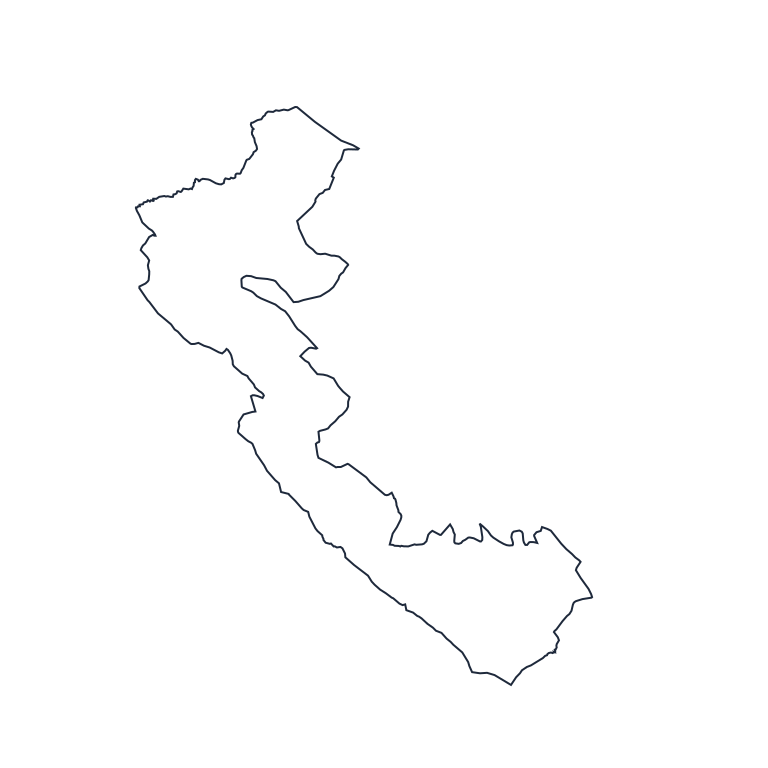 Chamwino, Dodoma, United Republic of Tanzania, rotated 130°
{"feature_id": "72390352B28140161055022", "entity_name": "Chamwino", "entity_type": "district", "adm_level": 2, "iso_a3": "TZA", "parent_name": "United Republic of Tanzania", "parent_adm1": "Dodoma", "projection": "equal_earth", "projection_center": [35.821, -6.232], "detail": "fine", "context": "isolated", "style": "outline", "palette": "slate", "viewbox_px": 768, "rotation_deg": 130, "n_neighbors": 0, "source": "geoboundaries", "source_scale": "gbopen_adm2", "svg_char_len": 6124}
<svg xmlns="http://www.w3.org/2000/svg" viewBox="0 0 768 768"><g transform="rotate(130 384 384)"><path d="M449.1,243.1L463.0,243.4L463.6,244.1L465.4,252.6L468.3,253.2L471.0,253.2L477.2,250.4L480.8,250.8L482.4,251.8L486.5,256.0L487.2,257.5L492.8,261.0L495.6,264.5L496.9,266.8L498.0,267.1L498.5,268.5L501.1,271.9L501.5,273.7L503.3,276.4L493.0,281.2L485.4,282.1L477.4,284.0L475.1,285.0L473.8,286.0L473.0,287.5L472.7,290.7L471.5,291.8L468.9,296.4L467.2,298.1L465.2,300.9L464.8,301.8L465.1,302.9L464.0,304.4L462.3,308.2L465.9,309.3L467.4,310.4L468.3,312.1L468.1,331.3L466.9,337.5L468.2,359.5L468.6,360.6L475.3,363.7L477.4,366.2L478.7,367.2L480.0,376.1L482.7,386.7L481.0,389.4L473.7,397.7L471.6,397.4L470.4,396.5L469.6,396.7L468.7,397.3L462.7,403.5L461.0,402.9L456.4,399.6L454.0,398.3L450.0,398.4L443.9,397.4L438.0,397.4L434.1,396.3L427.8,396.1L424.4,397.0L420.6,400.1L416.2,401.9L416.1,410.6L415.4,415.3L414.9,418.0L412.1,426.2L414.0,432.9L415.9,436.6L419.3,441.4L417.7,451.2L416.1,455.5L416.8,459.5L416.5,466.0L410.3,465.6L404.6,464.6L403.1,463.2L400.6,458.7L399.6,458.3L397.6,472.9L397.3,481.8L397.5,485.4L396.6,489.4L393.1,500.3L391.8,506.5L392.7,511.2L392.9,518.2L397.5,533.3L398.4,537.9L398.0,542.9L398.3,545.4L401.1,554.5L400.9,555.5L396.1,560.0L394.9,560.7L392.2,560.2L389.5,558.9L386.8,555.1L384.9,550.0L378.5,540.8L375.6,535.3L375.0,533.2L376.6,525.0L376.6,518.4L379.4,505.9L376.1,502.5L371.5,499.7L357.6,489.2L347.9,486.0L342.3,485.1L332.9,486.3L329.9,487.7L327.0,487.7L324.8,487.1L319.9,488.0L315.8,488.0L315.4,489.0L315.3,492.4L315.5,496.5L315.3,499.5L315.6,500.9L317.6,504.5L319.5,506.8L322.0,512.8L325.4,516.1L326.9,518.5L327.2,519.5L327.2,521.2L326.7,525.0L327.0,529.5L326.7,533.7L319.4,549.3L318.1,550.6L315.0,555.3L294.3,552.8L288.3,553.7L287.5,554.7L285.8,555.4L280.0,555.5L277.0,553.8L273.3,553.9L269.8,551.3L258.2,555.1L258.5,557.4L252.8,559.3L244.9,561.1L239.6,561.1L230.8,564.9L230.0,564.7L227.2,562.3L221.2,554.8L219.9,554.7L221.0,561.1L225.1,573.3L227.6,605.4L227.8,628.6L228.9,630.1L235.6,633.2L236.3,633.8L238.2,637.1L242.2,640.0L243.8,642.7L246.8,643.8L249.6,647.6L250.3,648.1L252.8,648.5L254.7,647.9L256.7,648.5L260.0,648.1L263.1,650.5L268.1,652.5L269.2,653.5L270.8,652.8L271.6,651.6L272.3,649.9L272.5,647.8L274.1,648.1L274.9,647.3L276.0,647.1L277.7,645.4L278.0,644.1L279.0,642.3L279.1,641.4L281.7,638.4L283.7,634.5L285.6,632.3L287.6,632.1L290.2,632.9L292.2,632.1L298.2,631.9L300.4,633.2L301.2,633.2L308.9,630.6L311.7,630.4L314.5,629.4L315.5,629.5L317.3,631.9L318.2,632.3L319.3,632.2L321.1,630.8L322.2,630.9L323.5,631.8L324.3,633.8L326.1,633.9L326.8,634.5L328.4,637.6L330.1,637.5L333.0,635.9L335.7,637.0L337.0,638.8L338.3,641.8L339.6,648.4L340.4,650.3L343.3,654.7L345.6,655.8L347.2,655.7L347.7,656.2L347.1,657.9L347.8,660.0L349.3,659.9L351.0,658.5L352.0,659.0L354.6,657.2L356.6,657.0L358.1,656.4L358.7,657.9L360.4,658.7L363.3,663.3L366.5,662.9L367.5,663.1L368.6,665.6L369.4,666.2L371.3,665.4L372.7,665.9L374.1,667.1L376.3,666.0L377.9,667.8L379.1,670.3L380.6,671.6L381.2,673.1L385.1,676.5L388.5,677.4L390.4,679.9L391.0,679.7L391.6,678.3L392.2,678.5L393.0,680.6L394.7,680.6L394.8,682.4L395.2,683.1L396.7,682.8L399.4,684.8L401.2,684.2L403.8,686.5L404.8,685.3L405.9,686.6L407.1,686.4L408.0,687.5L408.6,687.3L410.2,684.6L412.0,679.9L415.6,673.0L416.1,664.0L415.6,660.6L415.8,658.8L416.7,655.5L417.3,654.4L418.0,655.3L418.5,657.0L422.4,658.4L429.8,657.2L432.8,657.7L435.8,657.2L437.8,656.4L439.1,646.7L440.3,643.3L444.8,641.2L447.2,638.5L448.5,636.3L451.0,634.3L455.7,631.1L457.3,630.9L460.3,631.3L466.5,634.0L467.8,633.1L471.8,618.9L472.0,616.5L475.2,602.5L475.2,585.4L476.8,579.4L476.4,575.7L477.6,567.1L477.5,558.1L477.0,557.0L475.0,554.8L471.8,552.6L470.4,546.5L468.1,541.0L465.9,530.9L464.6,527.6L460.6,527.0L458.4,527.2L458.2,525.5L459.3,521.6L460.3,519.4L463.5,514.9L466.1,512.5L466.9,510.4L467.2,499.3L465.7,493.8L466.7,491.3L468.0,483.4L469.5,480.6L469.7,475.1L469.3,472.7L469.4,470.3L470.1,468.6L472.8,468.0L474.5,473.2L476.0,476.1L477.1,477.4L478.9,478.1L487.7,464.8L490.0,466.9L497.6,472.0L505.9,471.0L506.7,470.7L509.1,468.0L513.7,465.9L514.5,465.1L515.0,464.0L515.2,454.7L515.1,451.2L514.4,448.1L514.4,446.3L517.6,440.1L519.6,437.1L523.3,423.7L525.7,417.8L527.6,405.6L527.6,400.6L532.9,393.4L529.5,386.4L529.8,385.7L530.6,376.7L532.1,367.1L532.2,364.6L530.7,359.9L533.6,355.9L538.7,343.7L539.4,340.4L539.6,334.1L540.6,333.0L541.6,330.8L542.4,330.1L543.1,326.7L541.3,322.8L540.3,322.1L540.8,318.1L540.0,317.4L539.5,315.0L536.8,312.6L536.6,310.2L538.9,304.9L541.6,302.2L541.9,290.5L541.1,273.0L543.3,266.3L543.8,262.1L544.0,254.8L543.1,248.0L542.7,240.8L542.2,239.2L542.3,231.0L541.4,227.6L539.2,226.1L542.9,221.5L540.4,214.8L540.3,209.4L539.7,207.7L539.4,204.5L539.8,196.6L539.2,189.9L539.6,185.6L537.7,180.0L538.8,172.4L538.7,167.1L539.2,163.2L539.3,151.5L542.9,140.8L545.2,137.3L548.1,131.3L543.9,124.5L539.0,119.4L535.9,112.2L532.9,93.3L523.7,94.3L518.2,93.9L514.6,94.3L509.0,92.7L505.2,90.6L491.7,86.1L488.6,85.8L487.0,84.8L485.7,85.2L484.1,84.8L482.5,83.6L481.9,82.6L481.9,82.1L480.1,81.0L479.9,81.5L479.5,80.5L478.9,81.3L478.4,81.2L477.7,82.4L476.9,81.9L474.8,82.4L473.7,83.7L472.2,84.5L467.9,85.2L466.3,88.0L464.8,94.4L463.7,94.6L461.1,94.2L450.9,94.8L444.1,94.7L441.1,94.1L437.2,94.6L431.7,97.4L429.7,98.0L428.5,97.9L427.0,97.4L421.2,93.7L414.3,87.7L413.5,87.6L411.8,90.3L409.5,95.6L406.2,108.6L403.3,117.3L400.9,118.3L393.9,119.1L393.6,121.1L393.9,126.0L393.4,130.7L393.3,138.1L392.4,145.6L389.1,161.9L390.0,165.6L392.0,171.0L395.8,169.5L399.5,171.9L403.2,171.9L403.9,171.3L407.3,164.5L408.9,167.7L411.2,170.5L412.0,171.0L415.3,170.9L416.4,172.2L415.5,174.9L414.2,176.8L409.3,181.7L408.6,183.5L409.2,186.1L413.6,189.7L415.1,190.0L416.9,189.5L419.6,187.9L422.6,183.3L424.0,182.1L424.9,181.9L427.2,184.2L428.6,186.5L429.6,189.6L430.6,194.8L431.4,201.5L431.3,204.7L429.9,209.8L429.5,216.4L429.5,221.0L431.1,218.1L438.1,210.2L440.3,208.5L442.3,208.5L442.9,209.2L444.5,216.1L446.4,219.6L447.5,220.7L451.1,221.6L453.6,222.7L456.2,222.7L458.4,224.0L460.2,226.9L460.1,228.2L459.1,229.3L453.8,233.0L452.7,235.6L450.9,238.1L449.1,243.1Z" fill="none" stroke="#1e293b" stroke-width="2"/></g></svg>